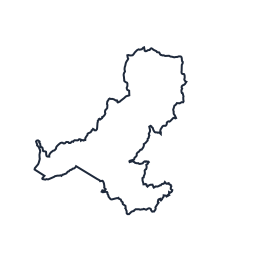 the district of Itapeva, São Paulo, Brazil, rotated 32°
{"feature_id": "56859067B49589279755893", "entity_name": "Itapeva", "entity_type": "district", "adm_level": 2, "iso_a3": "BRA", "parent_name": "Brazil", "parent_adm1": "São Paulo", "projection": "equal_earth", "projection_center": [-48.855, -23.896], "detail": "fine", "context": "isolated", "style": "outline", "palette": "slate", "viewbox_px": 256, "rotation_deg": 32, "n_neighbors": 0, "source": "geoboundaries", "source_scale": "gbopen_adm2", "svg_char_len": 5890}
<svg xmlns="http://www.w3.org/2000/svg" viewBox="0 0 256 256"><g transform="rotate(32 128 128)"><path d="M148.2,53.5L147.1,52.6L146.4,52.8L145.8,53.2L145.1,53.3L144.3,52.9L143.6,52.1L143.3,51.3L140.2,46.0L140.1,44.3L139.5,43.0L138.7,42.8L137.6,41.7L136.6,40.3L135.8,39.6L134.9,39.4L134.0,39.8L133.1,40.4L132.0,41.8L131.2,42.2L129.7,43.6L127.4,44.3L126.2,44.9L124.5,45.0L121.5,47.1L120.6,47.4L119.9,47.4L118.5,48.3L117.7,48.3L116.9,48.7L116.1,48.4L114.5,47.4L112.4,48.3L111.4,47.8L108.1,48.2L106.7,47.9L105.5,48.1L105.1,48.9L105.0,50.4L103.6,51.5L103.0,52.9L102.0,53.7L101.2,53.6L98.9,51.1L98.4,51.8L98.0,53.9L96.4,55.4L95.3,55.7L94.4,57.3L93.7,60.4L93.7,61.9L93.4,63.8L92.9,64.3L91.5,65.3L89.5,66.0L88.9,66.7L90.4,68.4L91.5,69.2L91.6,70.4L91.5,72.4L91.7,74.0L92.7,76.7L93.0,78.1L93.9,80.0L95.5,81.7L95.5,83.3L95.8,84.6L96.3,85.5L97.8,87.2L98.4,88.1L99.0,88.7L99.4,89.5L100.2,90.2L101.9,90.3L103.2,90.1L104.0,90.7L105.3,92.8L105.6,94.6L106.3,95.4L107.2,96.0L109.2,95.8L111.8,99.6L111.2,100.4L110.3,101.2L109.4,102.5L108.9,104.6L107.4,108.7L107.1,109.9L105.9,111.7L105.2,111.6L104.6,110.7L103.9,110.4L103.1,111.2L101.3,111.1L99.5,111.5L97.8,112.6L96.9,112.7L96.4,113.8L96.6,115.1L96.4,116.4L97.5,118.9L98.3,119.3L99.8,122.1L99.6,123.9L99.3,125.0L100.0,126.7L101.1,127.7L101.3,129.1L101.0,131.5L100.3,132.2L100.8,133.3L99.9,135.5L98.9,135.3L98.5,136.0L98.8,136.9L98.6,137.9L99.2,138.8L99.4,139.8L101.8,144.3L102.3,145.6L102.0,147.0L100.8,147.7L100.0,147.3L98.8,147.3L98.8,148.5L98.4,149.2L98.7,150.1L98.5,151.5L97.1,153.5L96.8,154.3L97.3,155.4L97.2,156.3L97.1,158.9L98.1,160.8L97.2,161.2L97.1,162.1L95.2,162.6L94.8,163.7L93.9,162.9L93.0,163.1L92.4,163.6L92.2,164.7L91.7,165.3L89.2,166.7L88.8,167.7L88.8,168.7L88.1,168.8L87.5,169.4L87.2,171.1L85.9,172.0L85.0,171.6L83.4,172.3L82.8,173.2L82.7,174.2L82.1,174.9L81.4,175.3L80.5,175.1L79.5,175.6L78.7,176.5L77.9,178.8L77.4,180.9L77.3,182.3L77.9,183.8L77.5,185.9L76.5,187.0L75.5,189.7L75.4,191.2L75.6,192.8L76.4,194.0L74.8,194.9L74.0,195.0L73.4,194.6L72.3,193.4L71.9,192.6L71.0,191.6L70.0,191.8L68.8,192.4L67.8,192.4L67.4,191.6L65.9,190.1L65.2,190.0L64.3,190.3L62.6,189.0L62.1,188.1L61.4,187.7L60.4,187.4L60.1,186.3L58.2,186.2L57.2,187.2L57.2,188.2L59.8,190.2L60.1,190.9L62.3,191.4L64.9,193.2L66.2,194.8L66.3,195.7L66.6,196.3L67.1,197.6L68.9,200.2L69.4,200.7L69.8,201.6L70.7,204.7L71.0,206.4L70.3,211.5L70.8,212.7L82.5,212.8L82.1,215.0L82.0,216.1L82.6,216.6L85.2,215.6L85.9,214.6L87.5,213.9L88.6,212.4L91.2,208.6L91.6,207.6L92.6,206.6L93.3,205.9L95.1,204.7L95.9,203.9L96.9,203.9L97.2,202.3L98.0,201.7L98.4,200.9L99.4,199.8L99.8,199.0L100.0,197.0L100.8,196.2L101.0,194.9L101.4,194.0L102.2,193.4L102.6,191.8L103.5,191.2L104.0,190.1L104.3,188.7L104.2,187.9L128.8,187.6L131.6,187.4L132.5,187.9L134.3,186.3L135.2,186.5L136.9,187.7L138.9,190.0L139.2,190.9L139.9,191.4L141.5,191.7L141.5,192.7L141.0,193.5L140.4,194.0L139.3,194.4L139.4,196.0L140.5,195.9L141.5,195.2L142.3,194.3L144.1,193.4L144.9,193.8L145.4,194.7L147.0,195.5L147.8,196.5L150.6,197.5L151.4,197.5L152.2,197.1L155.5,193.6L156.4,193.0L156.9,192.3L157.6,192.8L159.8,192.5L161.4,193.7L162.4,193.7L163.0,193.9L163.5,194.9L164.0,195.3L167.1,195.4L168.1,196.6L168.2,197.5L168.9,197.7L169.9,198.6L170.7,199.0L172.2,201.1L173.2,201.3L174.5,200.5L175.3,197.2L176.0,196.2L176.9,195.4L176.9,194.5L177.6,192.8L180.6,191.0L181.3,190.9L182.0,190.5L182.8,189.7L183.7,189.1L184.1,188.3L185.0,188.0L186.0,187.9L186.9,187.5L187.3,186.4L188.2,185.1L188.8,184.7L190.2,184.6L191.3,185.6L192.9,186.1L193.5,185.5L194.3,185.1L194.5,182.8L194.2,181.7L193.3,180.8L193.3,177.8L193.5,175.2L192.5,175.0L191.7,172.7L192.1,171.8L192.8,171.0L193.6,171.9L194.3,172.0L194.6,170.4L194.4,169.2L194.6,167.4L193.9,166.2L195.7,165.4L196.3,165.3L197.0,165.7L197.5,164.9L198.1,163.8L197.2,164.0L197.9,161.8L197.3,161.4L196.8,160.6L197.8,160.6L198.7,159.4L198.8,158.2L198.5,157.2L197.1,157.2L196.5,157.0L195.9,155.9L195.6,154.4L194.7,154.2L194.3,153.6L192.6,153.9L191.7,153.2L191.2,153.7L190.7,154.7L189.7,154.9L187.9,154.3L188.0,155.8L187.6,156.6L186.6,157.3L186.3,158.0L186.2,159.2L185.4,159.7L184.8,161.1L183.8,162.2L182.5,162.8L181.5,164.9L180.8,164.6L180.4,164.0L179.5,163.7L178.8,163.1L177.1,164.2L175.9,166.0L175.6,167.4L174.2,167.0L173.6,166.1L172.6,166.1L171.7,167.1L171.0,167.6L170.3,166.7L168.2,164.9L167.8,164.1L167.2,163.6L166.8,162.6L167.5,161.6L166.8,160.1L166.7,158.7L166.3,157.4L164.7,155.3L164.7,154.1L165.2,153.3L164.9,152.1L164.4,151.1L163.0,149.5L163.7,147.9L163.5,147.0L163.7,145.9L163.1,145.7L162.4,146.3L161.6,146.3L161.1,147.2L160.3,147.1L159.7,147.6L159.2,149.1L159.2,150.1L158.5,150.9L157.1,152.2L156.3,152.5L155.3,152.4L154.4,153.1L152.5,153.8L151.5,153.5L150.8,153.7L149.7,153.5L147.5,156.0L146.8,155.4L147.1,154.6L149.9,151.5L149.3,149.8L149.9,148.0L150.0,146.8L149.0,145.1L149.1,143.8L149.9,142.0L149.9,140.7L150.1,139.8L151.0,139.2L151.2,136.5L151.0,135.3L150.6,134.1L149.9,133.3L150.4,132.3L150.9,130.8L151.0,129.5L151.3,128.2L150.4,126.7L150.8,125.3L150.1,124.0L150.1,123.0L148.7,122.0L148.5,119.5L147.9,118.2L145.3,115.6L146.0,114.2L146.9,114.2L147.7,114.7L148.9,114.8L150.4,116.1L151.5,116.8L152.9,117.3L153.6,117.2L155.0,116.3L155.9,116.2L156.6,115.4L157.5,115.4L159.0,115.7L158.1,114.2L157.1,113.6L156.7,112.9L156.4,111.9L156.4,108.4L156.7,107.6L157.4,106.9L158.3,106.6L158.9,105.7L158.9,104.7L158.6,103.7L158.1,103.0L158.2,101.9L158.8,100.9L159.8,100.6L160.2,99.7L160.6,97.8L161.1,95.4L161.9,94.8L163.0,94.8L163.5,94.1L161.1,92.5L159.5,91.9L158.7,91.1L158.2,90.0L157.4,89.4L156.5,88.3L156.3,87.1L155.5,84.4L156.1,83.4L156.3,80.9L157.2,80.6L158.1,79.9L158.8,79.7L159.8,77.7L161.1,77.0L161.0,75.9L159.8,74.5L158.6,72.7L158.4,71.9L156.4,70.0L155.8,69.5L155.2,69.8L154.4,69.2L153.7,68.3L153.2,67.4L153.1,65.9L152.1,65.4L151.5,64.1L151.8,62.8L152.5,61.9L153.0,60.6L153.0,57.9L152.1,58.1L150.2,57.2L149.8,56.6L149.6,55.7L149.1,54.8L148.2,53.5Z" fill="none" stroke="#1e293b" stroke-width="2"/></g></svg>